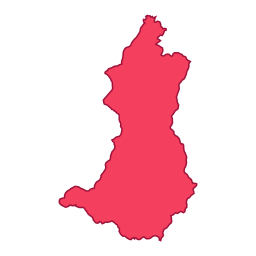 São Carlos, São Paulo, Brazil (orthographic projection)
{"feature_id": "56859067B32225798808960", "entity_name": "São Carlos", "entity_type": "district", "adm_level": 2, "iso_a3": "BRA", "parent_name": "Brazil", "parent_adm1": "São Paulo", "projection": "orthographic", "projection_center": [-47.873, -21.879], "detail": "fine", "context": "isolated", "style": "filled", "palette": "rose", "viewbox_px": 256, "rotation_deg": 0, "n_neighbors": 0, "source": "geoboundaries", "source_scale": "gbopen_adm2", "svg_char_len": 5274}
<svg xmlns="http://www.w3.org/2000/svg" viewBox="0 0 256 256"><path d="M104.9,73.0L105.7,73.8L106.7,74.2L108.2,75.5L109.5,77.3L110.5,78.5L111.1,80.4L112.2,82.0L112.4,84.3L112.4,85.9L112.6,88.2L112.3,89.6L103.3,100.1L103.7,102.1L104.3,104.0L106.1,104.6L107.1,105.1L108.3,105.9L109.6,107.2L110.7,107.9L111.7,109.4L113.0,109.6L114.3,110.9L115.8,111.8L116.9,113.2L118.3,113.8L119.3,115.3L119.2,117.0L119.2,119.2L119.5,120.9L120.3,122.5L120.8,124.2L120.6,126.5L121.3,127.6L122.1,129.1L121.7,131.3L121.3,133.2L120.8,134.7L119.4,136.3L117.9,136.6L116.8,137.0L115.8,137.3L114.9,138.3L113.5,139.3L111.9,140.0L112.7,141.3L114.1,142.7L114.2,144.3L114.8,145.7L114.9,146.9L114.6,148.6L113.2,150.6L112.2,151.6L111.4,153.4L110.9,155.0L110.5,156.6L110.5,158.0L110.2,159.1L109.7,160.2L107.8,161.2L106.1,162.7L105.4,164.4L105.5,165.7L105.8,167.3L105.5,168.9L105.0,170.1L104.2,171.0L103.6,172.1L102.9,173.1L101.8,174.2L101.0,175.5L101.0,177.2L100.4,178.7L99.7,179.9L98.5,180.8L97.1,181.6L96.3,182.3L95.5,183.6L94.9,184.9L94.4,186.5L94.3,188.3L92.6,188.4L91.3,188.9L90.2,189.3L88.9,190.8L87.3,191.1L85.7,190.7L84.2,189.8L82.5,189.0L81.2,188.7L80.1,187.8L78.6,186.9L76.8,186.6L75.4,186.3L74.2,186.8L71.9,188.1L70.7,188.7L69.8,189.6L68.7,190.3L67.5,190.9L66.7,191.7L65.6,192.9L64.9,194.5L64.6,196.0L64.4,197.9L62.8,198.1L61.2,198.6L60.2,198.9L59.4,200.3L59.3,202.5L60.0,203.8L60.8,204.6L61.8,205.3L63.6,206.2L65.2,207.1L66.9,207.0L68.2,206.3L69.2,205.9L70.0,204.9L72.0,205.7L74.4,205.6L75.7,204.9L75.9,206.2L79.0,207.4L81.5,207.6L83.0,207.3L84.0,208.0L85.0,209.3L85.9,210.7L86.8,211.6L87.5,213.0L88.8,214.6L90.3,215.7L91.7,216.6L92.9,217.9L93.2,219.8L94.4,221.3L95.7,222.7L97.4,223.2L98.7,222.8L99.6,221.5L101.3,222.4L102.2,223.7L103.8,223.2L105.0,222.2L106.3,222.1L107.8,222.3L109.5,221.8L112.1,221.0L113.6,222.0L114.6,222.7L115.6,223.8L117.1,224.7L117.9,226.2L118.1,227.4L119.4,228.3L119.4,230.1L119.1,231.2L119.8,232.6L120.5,233.9L121.4,234.9L122.6,236.1L123.8,236.0L125.0,236.4L126.0,237.0L127.2,238.1L129.0,239.1L130.2,239.5L131.3,239.5L132.1,238.1L133.5,238.1L134.6,238.9L134.9,237.6L136.1,238.1L137.3,239.2L138.8,239.6L140.2,239.3L141.4,238.2L142.4,237.6L143.8,236.8L145.0,237.5L145.6,238.4L146.9,238.8L149.2,238.6L150.5,238.1L152.4,236.6L153.8,235.9L156.2,235.8L157.6,236.5L158.8,237.4L159.3,238.5L159.3,240.0L160.7,240.6L160.9,239.4L161.5,237.7L162.7,236.6L163.4,235.3L163.1,234.1L162.8,232.6L163.3,231.1L164.1,229.2L165.8,228.4L167.0,227.6L168.1,226.2L169.3,224.4L170.8,223.4L171.6,221.8L171.7,220.5L171.3,219.3L171.4,217.4L170.8,215.8L172.1,215.2L173.2,214.8L174.7,213.4L175.8,212.9L177.2,213.4L178.3,213.0L179.4,212.1L180.8,211.4L182.2,212.0L183.5,212.7L184.7,211.8L185.0,210.7L185.5,208.3L186.8,207.5L186.7,205.9L186.9,204.6L186.5,203.3L186.4,201.6L186.8,200.2L187.5,198.5L189.3,197.7L190.4,196.4L191.2,195.3L192.8,194.3L194.0,193.3L193.6,191.2L193.0,189.5L193.7,188.2L195.0,187.1L196.6,185.3L196.7,183.9L195.4,183.4L194.0,183.2L192.9,183.3L192.1,181.9L191.4,179.7L190.1,178.5L188.5,177.2L187.8,175.6L186.9,174.3L186.0,173.6L184.6,172.6L184.1,171.2L184.2,169.8L184.5,168.3L185.4,166.9L185.8,165.7L186.2,164.6L186.4,163.2L186.5,161.8L186.1,160.0L186.4,158.3L186.7,157.2L186.3,156.0L185.8,154.8L185.3,153.3L184.4,151.7L184.0,150.3L183.7,148.4L183.7,146.8L183.6,145.3L182.7,143.9L181.4,144.0L180.6,143.2L180.2,142.2L179.7,140.1L179.0,138.4L178.2,137.5L177.3,136.5L175.4,135.6L174.0,134.0L173.8,131.7L172.6,130.3L171.2,129.2L170.2,127.9L170.4,126.6L171.4,125.6L171.9,124.2L172.6,122.7L172.4,121.5L172.4,119.7L172.2,117.9L171.4,116.5L172.2,115.1L173.4,113.8L174.2,112.5L175.0,111.1L175.9,110.3L177.9,108.9L178.2,107.6L178.5,106.0L178.5,104.6L177.8,103.5L177.1,101.5L177.0,99.6L176.7,98.2L176.4,96.9L176.9,95.8L177.4,94.0L178.1,92.1L178.8,90.4L179.2,88.7L179.1,87.1L178.9,85.8L179.0,84.5L179.9,83.0L180.8,82.1L181.6,80.9L182.5,79.9L183.7,79.3L184.6,78.2L185.2,76.9L185.6,75.8L186.2,74.5L186.7,72.3L186.9,71.0L187.9,69.6L188.6,67.7L189.0,66.0L188.7,64.5L189.3,63.0L190.4,61.5L187.9,60.3L186.6,59.2L186.2,58.0L185.7,57.0L184.6,56.5L183.1,56.0L181.9,54.4L180.3,54.0L178.7,52.9L175.7,52.7L174.4,52.8L173.1,53.8L172.7,55.5L171.8,56.2L170.5,55.7L169.0,54.3L168.0,54.1L166.8,54.2L165.6,54.6L164.1,55.8L162.8,56.0L161.0,54.8L162.1,52.8L162.7,51.5L162.8,49.6L162.4,47.9L161.4,47.4L159.5,46.1L158.0,45.2L155.9,44.3L156.9,43.1L159.0,41.8L160.5,40.7L159.5,39.9L157.5,38.7L157.8,37.3L159.2,36.3L160.5,35.0L162.2,35.5L163.2,34.1L164.0,32.1L164.6,30.5L166.0,30.3L166.1,28.8L164.5,28.4L163.0,28.8L162.0,27.3L160.5,25.9L160.8,24.6L160.4,23.5L159.9,22.1L158.7,21.6L157.3,21.2L155.8,22.2L154.6,22.1L154.2,21.1L154.8,19.5L154.9,18.3L155.6,16.9L153.3,17.9L152.3,16.5L151.0,17.2L149.9,15.7L148.6,16.0L147.2,15.4L145.8,16.6L146.6,17.8L145.3,19.7L143.5,19.4L143.4,20.8L143.8,22.1L144.8,23.0L143.2,24.6L142.5,25.7L141.7,26.7L140.6,28.1L140.4,29.6L139.9,31.7L139.3,32.8L138.6,34.0L137.8,35.2L137.1,36.4L136.2,37.6L135.3,38.4L134.5,39.2L133.8,40.0L132.3,41.9L131.4,43.5L131.0,44.8L129.9,46.1L128.7,46.9L127.1,47.3L126.1,47.6L124.8,48.9L123.5,51.3L123.2,53.2L123.0,55.9L122.7,58.2L121.7,61.1L121.6,62.7L121.8,64.1L120.1,64.5L118.7,65.2L117.0,66.1L115.0,66.1L113.4,66.8L112.4,67.4L111.2,68.0L109.0,68.6L108.0,69.4L107.4,70.6L106.5,71.0L105.4,71.8L104.9,73.0Z" fill="#f43f5e" stroke="#9f1239" stroke-width="1.5"/></svg>